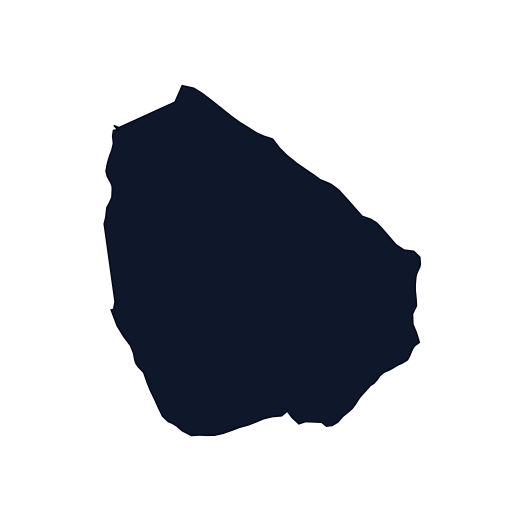 outline of Bonchari, Nyanza, Kenya, rotated 341°
{"feature_id": "3690345B50760924854388", "entity_name": "Bonchari", "entity_type": "district", "adm_level": 2, "iso_a3": "KEN", "parent_name": "Kenya", "parent_adm1": "Nyanza", "projection": "natural_earth1", "projection_center": [34.697, -0.659], "detail": "fine", "context": "isolated", "style": "filled", "palette": "ink", "viewbox_px": 512, "rotation_deg": 341, "n_neighbors": 0, "source": "geoboundaries", "source_scale": "gbopen_adm2", "svg_char_len": 1901}
<svg xmlns="http://www.w3.org/2000/svg" viewBox="0 0 512 512"><g transform="rotate(341 256 256)"><path d="M382.3,390.8L382.7,380.9L382.1,371.6L385.2,361.6L391.5,355.4L393.4,348.6L394.1,345.7L395.3,340.5L396.9,335.8L398.6,331.7L400.6,327.4L402.6,324.5L407.4,319.5L408.8,317.1L410.5,310.5L406.7,302.9L397.8,298.5L392.0,290.9L389.2,283.9L386.5,277.1L385.1,273.6L383.8,270.4L380.9,264.2L376.5,258.6L369.4,253.1L366.1,245.4L363.4,238.7L359.8,230.2L355.8,220.8L351.5,214.3L349.8,212.2L346.3,208.9L341.5,204.8L336.7,197.9L331.2,190.6L324.3,181.2L321.5,176.6L318.8,172.4L317.6,170.3L313.2,161.3L309.9,151.0L306.8,148.5L303.3,146.0L301.4,144.4L296.4,139.6L289.6,131.1L283.5,123.7L277.9,115.5L273.6,108.8L271.8,105.9L268.8,101.2L265.0,95.3L258.4,85.3L251.8,77.1L241.7,70.9L229.5,84.1L168.2,90.0L164.1,86.3L166.4,91.5L162.1,90.9L159.5,95.9L157.8,103.2L154.5,108.5L152.2,111.4L150.8,113.0L146.6,118.7L144.5,122.1L141.8,127.0L141.3,132.2L142.6,139.6L142.7,143.0L141.9,146.0L138.8,153.7L134.9,157.9L130.8,161.6L127.9,167.7L126.2,171.1L122.9,176.2L107.8,253.4L104.0,260.1L101.5,259.8L102.0,276.8L104.8,289.4L108.1,299.4L108.6,307.9L107.6,314.4L107.5,318.4L108.4,321.9L111.9,329.6L111.9,339.9L112.4,348.7L113.6,359.2L114.4,367.9L115.5,377.0L119.1,384.0L122.7,387.2L125.6,390.8L128.6,395.9L129.8,397.7L136.5,404.7L143.8,406.7L150.7,409.4L158.5,412.0L166.9,412.9L177.5,412.9L184.1,412.6L193.5,413.2L201.4,412.9L210.5,412.3L219.2,413.2L228.2,415.5L235.1,412.8L237.4,420.2L241.9,428.7L248.8,428.7L256.6,431.7L263.9,434.6L267.3,439.9L273.1,441.1L279.4,439.6L286.0,435.8L291.9,433.7L297.3,431.5L302.1,428.2L306.4,424.7L308.1,423.5L310.4,422.1L317.0,418.5L321.7,415.8L324.1,415.2L326.1,414.7L330.5,412.2L334.1,409.5L339.0,407.6L345.3,407.1L347.6,406.7L349.7,406.3L355.3,405.1L359.2,404.9L365.4,403.5L368.4,400.8L372.1,396.6L374.0,394.7L376.7,392.6L382.3,390.8Z" fill="#0f172a" stroke="#020617" stroke-width="1.5"/></g></svg>